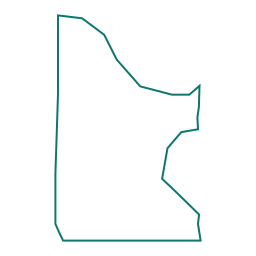 the Municipality of Karpoš
{"feature_id": "MKD-2935", "entity_name": "Karpoš", "entity_type": "Municipality", "adm_level": 1, "iso_a3": "MKD", "parent_name": "North Macedonia", "parent_adm1": "", "projection": "equal_earth", "projection_center": [21.397, 41.987], "detail": "fine", "context": "isolated", "style": "outline", "palette": "teal", "viewbox_px": 256, "rotation_deg": 0, "n_neighbors": 0, "source": "natural_earth", "source_scale": "10m", "svg_char_len": 467}
<svg xmlns="http://www.w3.org/2000/svg" viewBox="0 0 256 256"><path d="M63.1,240.6L59.2,232.5L55.4,224.0L55.4,174.0L56.7,134.4L58.0,94.1L58.0,34.2L58.0,15.4L82.1,18.3L104.2,34.8L116.7,59.6L140.3,86.4L172.0,94.7L189.3,94.7L199.5,85.8L198.9,107.0L197.4,117.4L198.0,129.3L181.3,132.1L167.5,148.2L162.1,178.8L177.2,193.1L199.1,214.6L198.0,223.7L198.0,224.0L200.6,240.6L192.9,240.6L154.8,240.6L111.4,240.6L63.1,240.6Z" fill="none" stroke="#0f766e" stroke-width="2"/></svg>